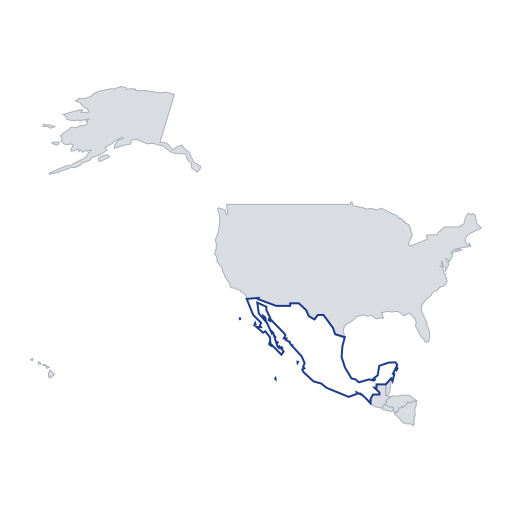 map of Mexico with United States of America, Nicaragua, Honduras and 3 others greyed out
{"feature_id": "MEX", "entity_name": "Mexico", "entity_type": "country or territory", "adm_level": 0, "iso_a3": "MEX", "parent_name": "North America", "parent_adm1": "", "projection": "robinson", "projection_center": [-103.635, 23.63], "detail": "medium", "context": "with_neighbors", "style": "outline", "palette": "blue", "viewbox_px": 512, "rotation_deg": 0, "n_neighbors": 6, "source": "natural_earth", "source_scale": "50m", "svg_char_len": 7258}
<svg xmlns="http://www.w3.org/2000/svg" viewBox="0 0 512 512"><path d="M226.5,204.3L350.5,204.3L350.4,202.1L352.0,202.1L352.9,205.2L354.3,206.2L362.1,207.4L366.6,209.2L370.2,208.4L377.3,209.8L381.2,208.2L397.7,216.2L398.3,217.7L399.4,218.2L399.2,218.8L401.3,218.4L402.7,220.6L404.7,221.3L404.2,222.3L409.2,225.0L412.2,235.2L408.4,243.7L409.0,245.1L410.6,246.0L427.4,239.2L426.0,235.8L428.0,234.8L436.8,234.8L438.0,232.6L444.8,226.9L460.2,226.9L460.5,225.5L463.7,224.3L465.5,217.4L468.2,213.1L470.0,214.6L472.8,213.6L475.2,215.2L476.6,223.0L481.3,228.0L467.8,234.5L465.2,239.2L465.6,242.2L467.6,245.3L469.6,245.4L468.8,243.3L470.4,244.6L470.3,246.3L457.0,248.6L453.3,250.3L460.0,249.2L461.6,250.3L455.2,252.0L452.2,252.0L452.3,251.3L451.0,252.9L452.5,253.2L452.0,257.3L449.0,261.8L448.5,260.3L445.7,258.6L447.0,261.7L448.3,262.7L448.6,264.9L445.1,271.8L445.7,267.6L443.1,265.4L442.0,260.6L441.4,263.1L442.7,266.7L439.5,265.8L443.0,267.7L443.7,273.2L445.2,273.6L447.1,281.4L444.5,285.7L439.6,287.4L436.7,290.8L434.3,291.2L432.0,293.3L431.5,295.3L426.4,299.0L421.8,305.3L421.3,309.4L422.4,313.4L426.8,322.5L426.9,325.0L429.6,331.7L429.6,337.9L428.5,341.5L427.1,342.2L424.6,341.5L423.7,338.9L421.7,337.6L415.4,325.9L416.3,322.0L414.7,318.8L410.7,314.0L408.7,313.1L403.9,315.7L400.4,312.7L397.3,311.3L391.8,312.0L387.4,311.4L381.6,312.7L382.6,314.2L382.6,316.6L383.7,317.7L382.8,318.5L380.9,317.6L379.1,318.7L375.5,318.6L371.7,315.5L367.4,316.2L363.8,314.9L356.7,316.6L352.2,320.9L347.4,323.4L344.7,326.2L343.6,328.8L343.6,332.8L344.9,337.6L342.9,337.8L335.5,334.7L332.9,327.9L330.0,324.6L325.8,317.2L322.3,314.9L318.2,315.0L315.1,319.6L311.0,317.9L308.5,316.1L305.7,309.9L298.5,303.4L290.0,303.4L290.0,305.8L276.3,305.9L258.0,299.0L258.5,297.8L246.7,298.9L246.0,295.9L243.0,292.6L240.8,291.9L240.3,290.2L237.6,289.9L236.0,288.4L231.5,287.8L230.3,286.9L229.9,283.7L225.6,277.9L222.2,269.8L222.4,268.5L217.1,261.7L216.8,257.0L214.6,253.9L216.1,249.1L216.4,244.2L215.3,239.8L217.6,234.4L219.7,224.0L219.7,216.4L217.7,208.9L218.4,207.8L224.7,209.7L226.6,215.1L227.9,213.6L226.5,204.3ZM174.4,94.3L160.0,142.2L164.0,142.4L167.5,143.8L172.7,149.8L177.4,146.7L181.9,145.0L183.5,147.8L189.1,152.4L194.0,162.5L200.5,165.9L200.0,169.3L197.2,172.0L191.7,168.2L191.5,163.5L186.9,159.1L185.7,154.0L175.2,153.5L170.7,151.9L163.5,146.3L153.2,143.4L147.4,143.8L136.0,139.2L131.1,140.3L130.7,144.0L123.3,145.4L114.1,148.4L114.6,145.2L118.3,140.1L123.2,138.5L122.5,137.1L116.3,140.1L112.2,143.5L105.0,147.4L107.1,150.0L101.8,153.9L91.7,157.8L89.8,160.2L82.2,163.0L79.9,165.5L74.1,167.8L71.3,167.4L57.4,172.6L49.4,174.2L49.1,173.2L65.4,166.0L70.9,165.4L73.9,163.2L81.0,160.0L86.1,157.0L88.4,152.9L91.7,149.7L86.3,151.3L85.3,150.4L82.3,152.4L80.6,149.6L78.8,151.6L78.3,148.9L73.3,151.0L70.7,151.0L71.7,147.8L73.2,145.8L71.4,143.9L65.6,144.9L61.0,141.2L62.4,138.2L60.4,136.0L63.3,133.0L68.0,130.1L70.7,127.4L74.0,127.1L76.4,127.9L80.7,125.4L83.4,125.8L87.1,124.2L87.4,121.8L85.6,120.9L89.4,118.9L82.3,120.1L80.6,121.2L78.1,120.1L72.3,120.6L67.1,119.4L66.5,117.3L63.2,114.4L79.5,109.9L82.7,109.9L80.9,112.4L89.1,112.2L87.5,109.1L83.8,107.2L79.9,102.6L75.5,101.0L79.0,98.4L85.7,98.3L91.6,96.0L93.7,93.6L98.7,91.3L110.7,88.7L113.8,89.0L120.8,86.5L125.7,87.5L127.3,89.6L129.4,88.7L135.4,89.0L134.7,90.0L139.9,90.8L143.8,90.4L160.4,92.9L165.6,92.1L174.4,94.3ZM43.9,124.1L45.8,125.1L48.6,124.6L54.7,126.6L50.5,128.3L47.0,126.2L43.4,126.5L42.7,126.1L43.9,124.1ZM51.8,371.2L54.6,374.5L49.9,378.0L48.7,377.1L48.3,373.4L49.5,371.8L49.6,370.1L51.8,371.2ZM49.2,367.2L47.0,368.4L45.7,366.3L46.2,365.8L49.2,367.2ZM45.5,364.8L45.3,365.5L42.7,365.3L43.1,364.6L45.5,364.8ZM39.4,361.7L41.1,364.0L40.8,364.3L38.7,364.1L38.0,362.5L39.4,361.7ZM33.0,358.8L32.3,360.7L30.7,359.7L31.8,358.7L33.0,358.8ZM56.2,141.8L59.2,142.3L58.6,144.3L55.8,145.2L51.7,142.7L56.2,141.8ZM105.7,154.8L108.3,155.2L109.5,156.9L100.1,161.5L98.4,160.1L98.7,157.6L105.7,154.8Z" fill="#d9dde1" stroke="#a8b0b8" stroke-width="1"/><path d="M414.4,424.3L413.2,425.5L409.2,423.4L408.1,424.2L404.7,422.7L403.9,423.4L393.8,412.8L394.4,411.9L395.2,412.8L397.2,412.2L398.5,410.8L398.4,407.9L400.6,407.8L401.7,406.3L403.2,407.5L406.4,404.5L407.6,401.9L410.0,402.9L414.8,400.6L416.6,400.7L415.9,402.6L416.5,404.7L414.8,409.0L415.2,415.7L414.4,416.3L414.4,420.3L413.4,421.8L414.4,424.3Z" fill="#d9dde1" stroke="#a8b0b8" stroke-width="1"/><path d="M416.6,400.7L414.8,400.6L410.0,402.9L407.6,401.9L406.4,404.5L403.2,407.5L401.7,406.3L400.6,407.8L398.4,407.9L398.5,410.8L395.6,412.4L394.7,410.6L393.1,410.1L393.4,407.8L392.7,407.1L389.5,407.4L385.1,404.0L386.1,402.6L386.1,400.3L392.3,395.7L397.4,396.3L401.9,394.9L404.8,395.6L407.1,394.9L410.2,395.9L416.6,400.7Z" fill="#d9dde1" stroke="#a8b0b8" stroke-width="1"/><path d="M385.1,404.0L389.5,407.4L391.7,406.7L393.4,407.8L392.6,411.5L387.8,410.8L382.8,409.3L381.4,408.0L384.2,405.1L383.9,404.4L385.1,404.0Z" fill="#d9dde1" stroke="#a8b0b8" stroke-width="1"/><path d="M370.5,403.4L371.2,400.3L370.4,399.2L372.8,394.5L379.3,394.5L379.4,392.5L374.2,387.6L376.5,387.6L376.4,384.3L385.8,384.4L385.6,395.6L390.7,396.5L386.1,400.3L386.1,402.6L385.1,404.0L383.9,404.4L384.2,405.1L381.4,408.0L375.6,406.9L370.5,403.4Z" fill="#d9dde1" stroke="#a8b0b8" stroke-width="1"/><path d="M385.6,395.6L386.4,383.3L387.3,384.0L389.0,380.5L391.0,381.3L389.9,391.8L387.1,395.6L385.6,395.6Z" fill="#d9dde1" stroke="#a8b0b8" stroke-width="1"/><path d="M246.7,298.9L258.5,297.9L257.9,299.1L276.3,305.9L290.1,305.9L290.2,303.3L298.8,303.3L306.2,310.2L308.8,316.1L314.4,319.4L317.6,315.1L323.4,314.9L333.0,327.9L335.1,334.2L344.8,337.1L342.4,346.2L341.6,357.1L345.0,367.5L351.5,378.5L355.2,379.2L358.9,382.3L369.1,379.4L373.7,380.6L374.9,379.7L374.1,378.1L377.6,375.4L379.3,365.8L388.7,362.6L395.4,362.3L397.3,365.0L392.9,373.8L394.3,374.1L392.5,381.2L391.1,378.4L385.7,384.4L376.5,384.4L376.5,387.6L374.4,387.6L379.5,392.6L379.4,394.5L372.9,394.5L370.6,399.1L370.5,403.3L365.7,398.1L361.8,394.6L359.5,393.2L361.4,394.8L356.8,392.5L357.3,393.7L348.7,396.9L326.7,387.9L321.2,383.5L313.5,381.4L303.2,371.8L302.3,369.4L304.4,368.3L303.1,367.0L304.6,363.0L301.7,356.4L291.9,345.7L293.2,345.6L291.0,344.9L289.4,342.2L290.5,342.3L285.7,339.9L286.4,338.4L283.9,338.4L285.3,335.4L284.5,333.7L270.5,319.3L270.2,317.9L266.3,309.8L266.4,306.8L257.3,302.6L258.8,313.5L266.9,322.8L271.7,332.9L272.0,331.7L273.1,332.7L277.5,346.5L278.9,347.9L279.4,346.5L283.6,351.5L281.5,354.7L270.4,343.6L270.0,337.3L265.3,331.3L263.1,332.7L256.3,326.8L260.9,327.1L259.9,325.6L261.1,322.8L253.2,315.0L246.7,298.9ZM269.2,318.2L269.9,320.8L268.7,320.3L269.2,318.2ZM265.6,319.1L263.9,317.6L263.5,316.1L265.4,317.7L265.6,319.1ZM396.6,369.9L396.4,368.8L397.4,368.3L397.5,368.5L396.6,369.9ZM270.5,345.3L269.3,343.9L270.0,341.0L269.8,343.6L270.5,345.3ZM255.6,324.2L254.6,324.6L255.2,323.1L255.6,324.2ZM240.4,319.8L239.7,318.8L239.9,318.3L240.1,318.4L240.4,319.8ZM271.5,345.3L272.2,346.4L270.7,345.4L271.5,345.3ZM298.0,361.9L297.6,362.6L297.5,361.8L298.0,361.9ZM277.8,342.4L278.1,343.3L277.3,342.2L277.8,342.4ZM275.0,336.6L275.4,337.0L274.8,337.8L275.0,336.6ZM275.4,378.3L275.5,379.1L275.1,378.7L275.4,378.3ZM373.0,379.2L372.2,379.4L373.6,378.9L373.0,379.2ZM281.8,347.4L281.4,347.3L281.3,346.5L281.8,347.4Z" fill="none" stroke="#1e3a8a" stroke-width="2"/></svg>